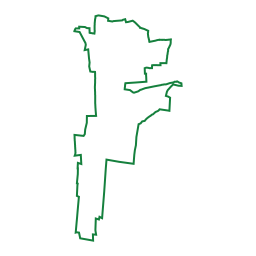 Chankom, Yucatán, Mexico
{"feature_id": "50627088B93169403456480", "entity_name": "Chankom", "entity_type": "district", "adm_level": 2, "iso_a3": "MEX", "parent_name": "Mexico", "parent_adm1": "Yucatán", "projection": "equal_earth", "projection_center": [-88.544, 20.463], "detail": "fine", "context": "isolated", "style": "outline", "palette": "green", "viewbox_px": 256, "rotation_deg": 0, "n_neighbors": 0, "source": "geoboundaries", "source_scale": "gbopen_adm2", "svg_char_len": 5216}
<svg xmlns="http://www.w3.org/2000/svg" viewBox="0 0 256 256"><path d="M148.2,30.8L146.6,30.1L144.5,29.1L143.3,28.7L142.5,28.4L142.3,28.5L141.6,28.2L140.9,27.9L140.1,27.9L139.9,27.2L138.8,26.2L136.2,23.6L135.3,22.7L134.1,21.7L132.7,20.7L127.8,22.0L126.0,22.2L125.2,19.2L122.9,19.8L122.2,20.4L113.4,21.1L112.4,21.5L108.1,20.8L108.3,18.4L104.4,16.4L98.6,15.4L98.0,15.5L95.5,16.2L95.5,16.7L95.5,17.1L95.4,18.1L95.2,18.7L95.1,19.3L95.0,19.8L95.0,20.4L94.9,20.9L94.9,21.2L94.8,22.2L94.8,22.5L94.7,22.9L94.7,23.2L94.7,24.2L94.7,24.7L94.6,25.6L94.6,26.2L94.6,26.4L94.6,26.6L94.6,27.0L94.6,28.4L94.6,28.6L94.6,28.8L94.6,29.0L94.6,29.3L94.6,29.6L94.6,29.8L94.7,30.6L94.7,30.9L94.7,31.0L94.7,31.4L94.6,31.7L94.6,32.0L94.5,32.5L94.5,33.0L94.4,33.6L93.9,33.5L93.4,33.4L92.9,33.4L92.5,33.3L92.4,33.3L92.1,33.2L91.3,33.1L90.6,33.0L90.3,33.0L90.1,32.9L89.8,32.9L89.6,32.8L89.6,32.0L89.6,31.0L89.6,30.6L89.5,30.4L89.5,30.1L89.5,29.6L89.5,29.3L89.5,28.2L87.0,28.1L84.9,27.0L84.4,27.0L79.2,26.7L79.2,28.4L75.7,28.4L75.2,29.1L74.8,30.0L74.5,30.7L74.4,31.2L79.6,32.0L84.4,41.1L85.4,42.9L85.8,44.8L84.7,50.1L88.2,49.4L89.0,58.3L89.6,62.5L89.2,66.4L90.3,71.5L92.8,71.9L93.9,71.8L95.0,71.9L95.1,73.0L95.1,73.4L95.1,74.4L95.1,74.9L95.1,75.8L95.1,76.8L95.2,78.0L95.2,78.7L95.1,79.3L95.1,79.7L95.1,80.2L95.1,80.6L95.1,81.0L95.1,83.1L95.0,84.0L95.0,84.7L95.0,85.2L94.9,86.2L94.9,87.5L94.9,88.2L94.9,88.5L95.0,89.4L95.0,90.2L95.0,91.1L95.1,91.7L95.1,92.0L95.1,93.0L95.1,93.5L95.1,94.0L95.1,94.5L95.2,95.2L95.2,95.4L95.2,95.9L95.2,98.7L95.2,99.3L95.2,100.0L95.2,101.0L95.2,101.9L95.2,103.4L95.3,104.5L95.3,104.9L95.4,106.6L95.4,107.2L95.5,108.3L95.6,110.1L95.7,111.3L95.8,112.5L95.9,113.6L95.9,114.0L96.1,115.9L86.9,116.0L86.8,122.8L85.2,129.5L84.8,134.1L83.6,135.9L74.5,134.9L74.5,135.1L74.5,135.4L74.5,135.5L74.6,136.0L74.6,136.3L74.6,136.5L74.6,137.0L74.6,137.4L74.6,137.8L74.6,138.1L74.6,138.5L74.7,138.8L74.7,139.4L74.7,139.8L74.7,140.2L74.8,141.2L74.9,142.0L74.9,142.7L74.9,143.0L75.0,144.1L75.0,144.6L75.0,144.9L75.1,145.3L75.1,145.6L75.1,146.0L75.1,146.3L75.1,146.8L75.2,147.5L75.2,148.5L75.3,148.9L75.3,149.2L75.3,149.8L75.4,150.6L75.4,150.8L75.4,151.6L75.4,151.8L75.5,152.6L75.4,152.9L75.4,153.2L75.3,153.7L75.3,154.1L75.1,154.6L74.8,155.3L74.7,155.7L80.8,154.9L81.3,164.0L77.9,162.9L77.6,168.3L77.9,168.3L77.8,174.1L76.9,183.4L77.7,183.6L77.4,185.6L76.9,195.9L78.9,196.8L77.6,211.2L77.1,217.1L75.7,232.6L76.7,232.3L79.0,232.6L80.2,238.3L93.1,240.6L92.9,234.4L96.1,234.7L95.6,231.6L95.4,230.2L95.8,218.5L98.9,219.5L99.5,216.8L100.5,217.3L100.9,217.6L101.2,217.8L102.1,218.2L102.7,210.5L102.8,209.3L104.2,191.8L105.8,168.3L106.5,159.6L119.0,161.8L133.6,163.8L134.3,154.7L134.9,150.0L135.9,145.3L136.4,137.0L138.6,124.2L140.6,123.4L142.2,121.4L143.7,121.1L144.3,121.0L144.7,120.9L145.8,119.5L146.6,118.7L147.4,118.0L147.9,117.6L149.8,116.2L150.5,115.9L151.8,114.7L152.2,114.6L153.0,114.3L155.5,112.0L157.9,111.0L158.7,110.4L159.6,109.3L167.8,110.5L169.4,110.8L170.1,97.7L168.2,96.6L165.9,95.9L166.3,94.2L166.5,93.5L166.9,91.8L167.7,90.2L168.1,89.7L168.8,89.0L169.3,88.4L171.2,86.3L173.2,84.4L173.4,84.5L178.4,85.7L180.0,85.8L181.6,85.9L181.4,83.3L179.0,82.5L177.3,81.4L176.9,81.4L176.4,81.8L174.7,81.7L173.5,82.4L169.8,83.1L167.2,84.0L165.9,84.4L164.0,84.4L163.5,84.6L161.7,84.8L161.0,85.1L156.6,85.9L155.7,86.1L154.9,86.2L154.5,86.3L152.5,86.7L149.1,87.4L148.2,87.6L147.0,87.8L145.1,88.2L142.1,89.3L141.5,89.6L140.9,89.7L140.2,89.9L139.3,90.6L138.1,91.4L134.0,92.7L133.0,92.4L130.0,90.1L124.7,89.3L124.8,87.7L125.0,86.7L125.1,85.1L125.3,83.7L125.4,83.2L135.8,82.5L146.4,81.7L146.2,76.8L146.1,75.7L146.1,75.1L146.1,73.7L144.9,73.7L144.7,68.2L145.7,67.8L146.7,67.6L148.6,67.9L149.6,68.2L150.5,68.1L152.0,68.1L152.0,67.5L152.1,65.5L152.1,65.3L153.3,65.1L155.9,65.1L157.9,65.2L160.5,65.2L160.4,63.5L160.4,63.1L163.0,63.1L163.5,63.1L164.1,63.1L165.1,63.1L166.2,63.2L166.4,63.2L166.5,62.2L166.6,61.2L166.7,60.2L166.7,59.9L166.8,59.5L166.8,59.2L166.9,58.7L167.0,58.2L167.1,57.6L167.1,57.4L167.1,57.0L167.2,56.3L167.2,56.1L167.2,55.9L167.2,55.5L167.4,54.9L167.5,54.4L167.5,54.1L167.6,53.9L167.6,53.6L167.6,53.4L167.7,53.1L167.7,52.7L167.8,52.1L167.9,51.7L168.0,51.4L168.1,51.2L168.1,50.5L168.1,50.2L168.1,49.5L168.1,49.3L168.2,49.1L168.2,48.9L168.4,48.7L168.5,48.6L168.7,48.1L168.8,47.9L168.9,47.6L169.1,47.4L169.2,47.1L169.4,46.6L169.5,46.3L169.7,46.1L169.8,45.8L169.9,45.5L170.2,45.0L170.3,44.7L170.5,44.0L170.6,43.7L170.6,43.2L170.7,42.6L170.7,42.1L170.7,41.6L170.7,41.3L170.7,41.0L170.7,40.7L170.8,40.0L170.9,39.6L170.9,39.4L170.6,39.4L170.4,39.5L169.9,39.6L169.5,39.6L169.1,39.6L168.5,39.7L168.0,39.8L167.8,39.8L167.5,39.8L167.2,39.9L166.9,39.9L166.5,39.9L166.2,40.0L165.6,40.0L164.8,39.9L164.5,39.8L164.3,39.9L164.1,39.9L163.6,39.8L163.2,39.8L162.8,39.8L162.6,39.9L162.3,39.8L161.9,39.9L161.6,39.8L161.2,39.8L160.8,39.8L160.6,39.8L160.3,39.8L160.0,39.8L159.8,39.8L159.6,39.7L159.3,39.9L159.1,39.8L157.8,40.0L156.5,40.3L155.7,40.6L149.4,41.9L149.3,41.7L149.2,40.6L149.1,40.1L149.0,39.5L148.8,39.1L148.8,38.8L148.7,38.4L148.6,38.1L148.5,37.5L148.3,37.1L148.2,36.2L148.2,35.9L148.0,34.8L148.0,34.3L148.0,34.2L147.9,33.7L147.9,33.2L148.0,32.8L148.0,32.7L148.1,32.4L148.1,31.8L148.2,30.8Z" fill="none" stroke="#15803d" stroke-width="2"/></svg>